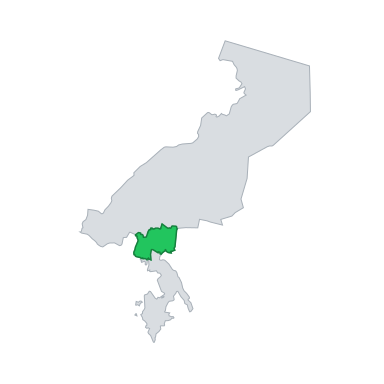 Jizzakh on a map of Uzbekistan (Albers equal-area conic projection), rotated 99°
{"feature_id": "UZB-370", "entity_name": "Jizzakh", "entity_type": "Region", "adm_level": 1, "iso_a3": "UZB", "parent_name": "Uzbekistan", "parent_adm1": "", "projection": "albers", "projection_center": [67.735, 40.342], "detail": "fine", "context": "in_parent", "style": "filled", "palette": "green", "viewbox_px": 384, "rotation_deg": 99, "n_neighbors": 0, "source": "natural_earth", "source_scale": "10m", "svg_char_len": 6992}
<svg xmlns="http://www.w3.org/2000/svg" viewBox="0 0 384 384"><g transform="rotate(99 192 192)"><path d="M301.5,175.8L307.1,172.8L310.3,174.5L310.7,175.6L307.3,177.7L304.2,179.0L303.3,181.6L300.3,182.8L297.2,186.5L292.4,190.4L292.4,191.1L292.8,191.7L294.5,192.1L297.8,194.0L300.9,192.8L301.6,193.0L302.5,194.1L303.5,197.4L304.9,198.3L309.5,199.8L312.9,199.7L314.6,200.3L314.9,200.0L314.9,195.1L316.4,195.8L317.9,195.2L318.4,192.7L318.0,191.1L319.1,190.1L319.7,190.7L319.8,192.2L321.5,193.1L322.8,195.5L323.3,198.2L326.5,198.8L327.6,198.2L328.5,198.5L329.1,202.0L329.5,202.3L332.2,201.4L334.9,202.8L337.8,205.3L340.9,205.3L341.6,205.7L343.8,205.2L346.4,205.8L346.5,206.2L346.1,206.8L340.2,210.4L338.6,212.8L337.3,213.6L333.5,212.5L333.0,214.0L333.7,215.3L332.9,216.8L331.0,216.4L330.6,215.7L328.8,216.1L326.7,218.6L325.8,220.6L323.8,221.3L321.1,223.4L319.8,221.9L317.9,222.1L315.2,220.7L313.8,220.4L302.0,222.9L301.1,222.7L299.7,220.0L296.7,218.7L296.8,217.4L302.7,211.7L303.3,210.0L301.3,209.1L301.6,207.6L297.5,203.3L296.8,203.1L296.3,203.3L294.9,206.6L284.5,212.5L283.0,212.0L280.6,209.9L279.0,209.2L277.2,211.0L277.3,213.2L275.4,214.8L277.2,220.5L277.1,221.3L275.7,221.5L276.8,223.6L275.9,223.9L270.8,223.1L265.0,224.5L265.2,225.5L270.4,225.2L271.1,225.6L271.3,226.3L271.0,226.8L268.2,227.3L267.9,228.2L269.4,230.7L268.8,231.3L267.7,230.8L267.0,232.5L265.2,232.4L264.3,237.3L262.8,239.1L260.8,239.9L248.3,237.7L245.0,239.2L242.9,241.4L241.4,246.8L241.6,247.4L247.0,249.5L247.8,252.7L254.3,253.0L255.4,253.5L256.0,254.3L256.3,255.2L254.4,260.5L255.2,265.2L256.3,267.4L260.2,271.5L260.0,273.7L259.1,275.8L258.1,277.5L256.9,278.3L255.3,280.5L253.8,283.2L251.0,286.9L250.1,288.9L249.8,294.7L249.0,296.4L248.9,295.7L247.9,295.1L245.0,294.9L244.4,294.1L240.6,295.5L238.3,294.9L235.9,292.5L231.3,291.5L225.4,292.0L225.3,286.0L225.6,281.5L227.6,278.1L227.6,277.4L226.6,276.2L223.2,275.2L219.1,272.3L215.3,270.4L213.2,269.8L210.8,270.7L208.6,270.4L198.7,262.9L190.4,257.4L184.7,251.9L182.0,252.4L174.8,247.1L170.2,241.7L155.1,229.3L152.1,226.4L151.5,224.9L150.7,217.7L149.5,214.4L147.6,212.5L146.1,209.0L144.1,200.5L143.3,198.9L138.8,195.1L136.3,194.1L134.2,194.5L133.1,195.8L131.5,195.8L124.9,193.9L117.4,194.0L111.2,189.1L110.9,188.4L111.0,187.3L112.5,184.6L112.3,183.3L111.6,181.9L111.7,180.5L112.4,179.8L113.6,180.1L114.0,179.7L114.0,178.9L112.6,177.0L109.8,175.2L110.5,174.2L110.8,171.5L111.4,170.1L111.1,169.6L109.0,167.4L101.8,166.6L100.1,165.9L98.9,165.0L97.8,161.9L97.1,161.1L92.3,159.4L87.8,153.7L86.5,155.9L85.5,156.3L81.8,155.3L79.7,156.5L83.8,162.3L84.7,164.0L84.6,164.9L83.2,164.9L82.2,162.3L81.5,161.5L77.2,159.6L75.6,161.0L74.9,163.0L72.6,166.3L70.3,166.6L64.9,166.2L63.2,166.8L62.0,167.6L59.6,170.4L56.6,172.4L56.4,182.2L57.9,184.8L55.9,186.7L37.5,182.9L49.1,95.7L75.4,90.8L94.1,87.6L133.1,119.0L134.0,120.1L134.4,122.6L135.4,124.6L148.6,141.7L169.9,139.7L191.3,142.5L199.5,138.8L205.6,146.1L209.5,148.8L214.6,159.3L219.9,156.7L218.8,169.1L218.1,172.8L217.8,180.3L226.5,180.7L228.2,192.7L230.1,200.3L231.9,201.2L248.6,200.2L249.8,200.7L252.2,199.9L253.7,202.3L255.4,204.0L254.2,209.2L256.3,211.3L260.9,213.7L263.8,213.6L264.3,212.7L264.2,211.5L263.5,210.2L263.5,208.7L264.0,207.6L266.7,203.6L271.2,199.6L272.2,198.2L272.5,195.7L274.1,194.3L277.9,192.6L278.5,191.4L283.1,188.2L288.4,186.1L290.8,184.4L293.0,181.4L296.3,178.1L297.6,178.0L298.5,179.0L299.3,179.0L301.5,175.8ZM301.4,205.3L300.7,203.8L299.9,203.2L299.5,203.5L300.9,205.4L301.4,205.3ZM312.4,230.0L308.8,230.0L309.3,227.7L308.0,226.6L307.7,225.4L308.0,224.4L308.8,223.9L309.9,225.6L312.7,226.2L311.8,227.9L312.6,229.6L312.4,230.0ZM323.0,227.0L322.4,229.2L320.9,228.3L321.1,227.8L323.0,227.0Z" fill="#d9dde1" stroke="#a8b0b8" stroke-width="1"/><path d="M265.2,224.1L264.5,224.4L264.1,224.6L264.5,225.1L265.4,225.7L266.0,225.9L265.4,226.9L265.1,227.4L265.1,227.7L265.1,227.9L265.1,228.0L265.2,228.4L265.2,228.5L265.3,228.6L265.4,229.1L265.5,229.3L265.5,229.6L265.5,230.4L265.4,230.6L265.2,230.4L264.9,230.4L264.9,230.5L265.0,230.7L265.3,230.9L265.4,231.0L265.5,231.1L265.4,231.2L265.4,231.4L265.3,231.6L265.3,231.9L265.2,232.2L264.8,232.7L264.6,236.5L264.5,237.1L264.3,237.6L263.9,238.1L263.1,238.6L262.8,238.9L262.9,239.1L263.0,239.4L262.7,239.6L261.5,239.9L260.6,240.0L259.7,239.9L258.2,239.4L255.4,239.3L249.1,237.7L248.2,237.7L247.6,237.9L245.8,239.1L244.4,239.3L244.0,239.7L244.1,240.8L243.9,241.0L243.3,240.9L243.0,241.0L241.7,239.7L240.9,239.0L240.6,238.7L240.4,238.3L240.5,236.7L240.7,236.2L240.9,236.2L241.5,236.2L241.8,236.1L241.9,235.8L241.9,235.5L241.9,235.4L241.9,235.2L241.8,234.9L241.8,234.7L241.8,234.3L241.9,234.1L242.1,233.9L242.3,233.7L242.9,233.4L243.3,233.2L243.8,233.1L244.0,233.1L244.3,232.8L243.8,230.6L243.5,230.1L240.3,229.5L239.9,229.4L239.7,229.5L239.4,229.4L239.1,229.2L238.9,229.3L238.6,229.3L238.4,229.3L236.9,228.8L236.7,228.5L236.3,228.6L235.7,227.9L235.6,227.6L235.7,227.4L235.7,227.1L235.6,226.9L235.3,226.8L235.2,226.8L234.8,227.0L234.6,227.1L234.3,227.1L234.1,227.0L234.0,226.9L233.9,225.7L234.0,225.5L234.1,225.4L234.4,225.3L234.5,225.2L234.6,224.9L234.7,224.4L234.2,223.8L234.1,223.6L234.1,223.4L234.2,223.1L234.0,222.9L233.7,222.7L233.4,222.4L233.2,221.1L233.1,220.7L233.1,219.6L233.1,219.4L233.2,219.1L233.3,218.8L233.4,218.4L233.5,218.1L233.4,217.9L233.4,217.6L233.2,217.3L233.1,217.2L232.9,217.1L232.4,217.2L232.0,217.2L231.7,217.2L231.4,217.1L230.7,216.9L228.4,216.7L228.2,216.6L231.1,211.2L231.6,210.0L231.2,209.2L231.1,208.8L231.0,208.7L231.0,208.3L231.1,207.9L231.1,207.6L231.1,207.4L230.9,207.2L229.3,206.7L229.0,206.6L228.9,206.5L228.8,206.3L228.7,206.1L228.6,205.9L228.3,202.5L228.5,202.2L228.7,201.8L230.9,201.0L230.9,200.9L231.2,201.0L232.0,201.2L234.1,201.1L235.8,201.0L238.5,200.8L240.4,200.7L242.7,200.6L244.2,200.5L246.5,200.4L248.8,200.2L249.0,200.3L249.6,200.6L250.0,200.8L250.4,200.9L250.5,200.9L251.2,200.5L251.8,200.1L252.0,200.0L252.2,199.9L252.3,200.2L252.4,200.5L252.5,200.5L252.6,200.8L253.0,201.4L253.4,201.9L253.5,202.1L253.6,202.3L253.7,202.8L253.7,203.2L253.9,203.4L254.0,203.6L254.2,203.4L254.3,203.4L254.5,203.4L254.8,203.5L255.0,203.4L255.1,203.1L255.3,203.1L255.5,203.0L255.5,203.3L255.6,203.6L255.5,203.8L255.5,204.1L255.3,204.2L255.2,204.3L255.3,204.4L255.4,204.5L255.5,204.7L255.6,204.8L255.6,205.1L255.5,205.5L255.5,205.9L255.4,206.3L255.2,206.7L255.1,207.1L255.0,207.4L254.8,207.7L254.7,207.9L254.6,208.0L254.4,208.3L254.2,208.4L254.1,208.6L253.8,208.7L253.4,208.8L253.3,209.0L253.2,209.1L253.3,209.2L253.3,209.3L253.7,209.3L254.1,209.4L254.3,209.6L254.6,209.7L255.4,210.6L256.3,211.4L256.9,211.9L257.5,212.3L258.2,212.7L258.2,213.7L258.0,213.9L257.0,214.1L256.7,214.2L256.5,214.3L256.5,215.0L256.4,215.9L256.4,216.0L256.5,216.1L256.8,216.1L257.1,215.9L257.3,215.9L257.3,216.2L255.2,221.2L255.1,221.5L255.1,221.9L255.2,222.6L255.2,222.8L255.4,222.9L255.4,223.0L255.9,223.1L260.1,223.2L265.6,221.8L265.6,222.0L265.4,222.2L265.3,222.4L265.1,223.3L265.0,223.5L265.2,224.1L265.2,224.1Z" fill="#22c55e" stroke="#15803d" stroke-width="1.5"/></g></svg>